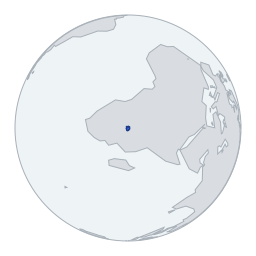 Copperbelt highlighted on a globe, orthographic projection, rotated 81°
{"feature_id": "ZMB-517", "entity_name": "Copperbelt", "entity_type": "Province", "adm_level": 1, "iso_a3": "ZMB", "parent_name": "Zambia", "parent_adm1": "", "projection": "orthographic", "projection_center": [27.632, -13.082], "detail": "fine", "context": "on_globe", "style": "filled", "palette": "blue", "viewbox_px": 256, "rotation_deg": 81, "n_neighbors": 0, "source": "natural_earth", "source_scale": "10m", "svg_char_len": 5485}
<svg xmlns="http://www.w3.org/2000/svg" viewBox="0 0 256 256"><g transform="rotate(81 128 128)"><circle cx="128" cy="128" r="113" fill="#eef3f6" stroke="#a8b0b8"/><path d="M16.6,111.0L16.4,114.3L17.7,115.1L18.0,119.2L17.7,122.4L18.6,122.4L18.6,124.3L24.0,123.8L28.2,126.9L29.1,133.6L27.5,142.8L30.7,160.4L29.2,168.3L31.9,175.4L36.1,186.8L34.7,187.8L38.4,191.9L40.2,195.5L40.2,196.8L43.0,200.1L43.2,201.0L45.1,202.6L49.4,207.9L53.0,210.8L57.2,214.8L59.5,216.4L59.6,216.7L60.8,217.8L62.3,218.8L60.7,218.2L55.6,214.2L52.7,211.7L52.7,211.8L46.2,205.3L47.7,207.0L44.8,204.0L39.4,197.6L34.5,190.8L30.1,183.7L26.2,176.3L22.9,168.6L20.2,160.7L18.1,152.6L16.6,144.4L15.6,136.0L15.4,127.7L15.7,119.3L16.6,111.0ZM64.7,220.0L61.5,218.7L62.7,219.1L60.1,216.9L63.0,218.2L64.7,220.0ZM58.4,214.0L57.4,212.3L58.2,212.6L59.1,213.9L58.4,214.0ZM152.7,18.1L153.0,18.2L157.8,19.5L159.2,20.1L160.1,20.3L159.4,19.9L153.5,18.3L153.4,18.3L161.4,20.4L169.1,23.1L176.7,26.4L184.0,30.3L191.0,34.6L197.7,39.5L203.9,44.8L209.8,50.6L215.3,56.8L220.2,63.4L224.7,70.3L228.7,77.5L232.1,85.0L232.8,86.9L231.3,83.7L231.8,86.0L236.4,98.9L237.1,102.2L236.7,106.1L236.3,103.6L232.5,95.1L233.5,102.4L236.5,111.0L237.5,119.6L236.0,115.6L234.7,108.0L233.3,104.8L232.5,98.2L229.0,87.5L227.3,87.9L226.3,84.1L221.2,75.2L218.2,75.7L214.2,83.1L215.6,92.9L213.3,96.5L205.8,80.7L202.2,71.3L199.6,71.4L191.7,62.9L178.4,60.4L176.4,58.1L173.9,58.8L168.3,56.1L165.2,52.5L161.9,52.5L170.1,62.1L173.7,62.3L176.5,59.2L178.1,62.7L183.5,66.4L177.9,73.9L158.0,80.1L155.9,72.8L140.1,54.1L140.5,52.2L140.4,52.0L140.2,51.6L138.9,54.6L136.2,51.4L144.8,63.6L146.3,69.2L157.7,80.5L156.7,81.6L160.4,84.1L171.9,82.3L172.0,84.7L166.6,96.1L150.5,112.1L152.6,124.1L151.3,134.5L141.2,141.3L142.0,149.8L136.7,152.7L136.4,157.6L132.1,162.9L125.0,168.1L113.0,168.7L112.3,164.2L106.4,155.8L98.3,136.0L101.4,126.7L100.3,119.9L91.6,106.0L93.5,97.9L91.2,94.9L86.4,96.2L83.7,92.7L80.8,93.1L62.6,99.0L57.1,95.3L50.6,82.7L53.9,76.4L54.6,70.3L77.5,46.6L82.2,46.7L100.1,42.2L102.4,42.6L100.2,46.8L113.5,50.9L118.0,47.2L130.2,49.8L138.3,49.8L141.4,42.3L128.0,42.0L125.8,38.6L136.6,35.7L148.3,36.7L147.8,35.5L140.5,32.4L143.2,30.5L137.9,31.2L140.0,32.5L136.8,33.2L134.7,32.1L135.7,31.4L132.2,30.8L128.1,35.0L129.7,36.7L120.5,37.7L122.4,40.8L119.9,42.4L115.7,37.8L116.2,36.1L108.3,32.2L107.0,34.0L114.3,38.0L112.0,37.8L110.3,40.8L109.8,38.3L102.1,34.0L93.8,36.1L83.1,44.7L78.3,46.3L74.4,45.8L78.4,38.3L88.7,35.7L90.3,33.5L88.3,31.4L91.6,30.9L92.1,29.9L96.0,29.1L101.7,26.2L105.6,25.5L108.0,22.8L110.4,22.2L108.3,23.9L109.0,24.9L118.9,24.1L120.9,23.5L121.6,21.9L124.2,22.1L123.7,20.7L129.5,20.2L121.9,19.9L122.6,18.6L126.2,17.8L125.0,17.4L119.2,19.0L118.1,19.7L119.4,20.3L115.2,23.0L111.8,23.7L111.0,21.1L106.0,22.0L107.6,20.1L122.3,16.3L128.3,15.9L138.0,17.2L136.5,17.6L132.3,17.2L136.1,18.4L135.9,17.9L138.0,18.2L139.2,17.5L140.8,17.8L139.2,16.9L141.3,17.1L142.3,17.7L145.9,17.4L150.3,18.1L149.1,17.6L155.5,19.0L155.2,18.9L153.0,18.3L151.1,17.8L150.3,17.6L152.7,18.1ZM69.6,57.1L68.9,58.9L69.6,57.1ZM160.8,42.3L167.7,43.5L164.4,38.8L166.8,38.9L164.7,37.4L164.1,38.4L159.1,34.6L162.0,33.9L161.1,32.2L158.7,31.8L154.2,33.8L161.3,39.2L159.8,40.7L160.8,42.3ZM90.9,26.1L92.1,26.3L90.6,27.5L85.5,29.3L87.7,27.4L90.9,26.1ZM94.3,26.3L95.0,23.8L98.1,22.9L96.2,23.8L98.3,23.4L95.8,24.8L98.2,26.8L96.9,28.1L88.3,30.1L91.8,28.6L90.3,28.4L94.3,26.3ZM91.0,21.9L91.4,21.6L97.8,19.9L96.8,20.4L91.7,22.0L89.9,22.3L91.0,21.9ZM105.0,40.9L106.7,40.9L109.4,40.5L108.4,42.6L105.0,40.9ZM99.6,37.9L101.2,37.5L101.1,39.9L99.3,40.0L99.6,37.9ZM102.2,35.5L101.3,37.3L100.7,36.4L102.2,35.5ZM109.8,23.5L111.5,23.2L111.6,23.5L110.6,24.2L109.8,23.5ZM139.1,43.5L136.6,44.8L135.4,44.1L136.5,43.8L139.1,43.5ZM121.7,43.3L125.6,44.2L121.4,43.9L121.7,43.3ZM177.1,197.7L177.3,199.6L175.8,199.4L177.1,197.7ZM170.2,134.1L162.0,152.5L156.8,152.2L156.1,146.4L159.3,135.2L165.4,132.5L168.5,127.7L170.2,134.1ZM238.9,148.0L239.0,146.8L238.9,147.6L238.9,148.0ZM239.4,143.9L239.3,145.3L239.2,144.8L239.4,143.9ZM239.4,143.1L238.1,138.7L237.3,135.7L237.8,134.2L239.1,137.3L239.4,143.1ZM237.7,134.0L236.0,126.2L231.7,107.9L233.3,109.2L237.4,121.7L237.2,123.1L238.2,128.8L237.7,134.0ZM240.6,128.7L240.6,130.4L240.3,135.0L239.9,132.2L239.6,130.3L239.3,123.4L239.5,120.6L239.9,121.6L240.0,115.6L240.6,128.7ZM216.1,94.0L218.6,100.7L217.1,101.2L216.1,94.0ZM233.8,89.8L233.5,89.4L233.0,87.8L233.0,87.5L233.8,89.8ZM143.9,16.5L143.6,16.5L143.9,16.6L146.5,17.1L142.0,16.4L141.6,16.2L141.8,16.2L143.9,16.5ZM221.3,191.1L220.2,191.2L221.1,188.7L223.3,185.8L228.9,174.6L228.8,175.3L231.8,168.3L233.9,166.3L234.6,164.4L231.0,173.7L226.5,182.6L221.3,191.1Z" fill="#d9dde1" stroke="#a8b0b8" stroke-width="1"/><path d="M127.9,126.4L128.0,126.5L128.3,126.5L128.3,126.4L128.5,126.4L128.6,126.5L128.9,126.6L129.0,126.7L129.3,126.7L129.4,126.8L129.5,126.9L129.6,127.0L129.7,127.3L129.7,127.5L129.8,127.6L130.0,127.5L130.2,127.8L130.3,127.9L130.3,128.0L130.5,128.5L130.5,128.9L130.4,128.9L130.4,129.0L130.0,129.3L130.0,129.5L129.8,129.5L129.7,129.6L129.4,129.6L129.2,129.6L128.9,129.6L128.7,129.6L128.4,129.2L128.1,129.2L127.9,129.2L127.9,129.3L127.7,129.4L127.7,129.5L127.5,129.4L127.3,129.3L126.5,129.2L126.4,129.2L126.4,128.9L126.5,128.9L126.5,128.7L126.8,128.5L126.8,128.4L126.7,128.4L126.7,128.2L126.8,128.2L127.0,127.8L126.9,127.8L126.8,127.7L126.7,127.7L126.6,127.4L126.5,127.2L126.8,126.9L126.9,126.7L127.0,126.5L127.3,126.6L127.5,126.4L127.8,126.5L127.8,126.4L127.9,126.4Z" fill="#3b82f6" stroke="#1e3a8a" stroke-width="1.5"/></g></svg>